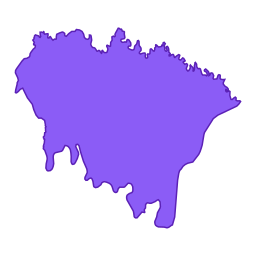 outline of Phon Sai, Roi Et, Thailand
{"feature_id": "78962969B54867067631635", "entity_name": "Phon Sai", "entity_type": "district", "adm_level": 2, "iso_a3": "THA", "parent_name": "Thailand", "parent_adm1": "Roi Et", "projection": "equal_earth", "projection_center": [103.938, 15.482], "detail": "fine", "context": "isolated", "style": "filled", "palette": "violet", "viewbox_px": 256, "rotation_deg": 0, "n_neighbors": 0, "source": "geoboundaries", "source_scale": "gbopen_adm2", "svg_char_len": 5628}
<svg xmlns="http://www.w3.org/2000/svg" viewBox="0 0 256 256"><path d="M121.3,29.1L120.6,29.4L118.9,28.2L118.2,28.2L115.4,33.3L115.0,34.4L115.2,36.0L114.9,36.5L114.4,36.7L113.3,36.1L111.9,36.9L112.1,40.3L110.7,42.3L110.5,46.1L110.0,46.4L107.2,45.2L106.8,45.5L106.7,46.3L107.6,48.1L107.9,49.3L107.0,52.1L106.3,52.6L104.5,52.6L103.3,51.6L102.6,50.4L102.3,50.4L101.9,50.9L101.8,52.9L101.5,53.3L101.0,52.9L99.6,50.6L98.8,50.4L97.6,51.2L97.0,51.2L95.0,48.2L94.1,47.7L92.6,47.5L91.5,46.2L90.7,44.1L91.7,40.1L91.1,36.0L90.7,35.2L89.4,35.0L89.4,37.6L88.4,39.0L87.5,39.3L85.9,38.9L84.4,37.5L83.6,34.1L82.1,31.5L79.6,30.0L76.4,29.5L74.9,31.4L71.8,31.4L68.7,33.7L66.3,36.3L65.0,35.8L64.7,35.0L64.7,33.4L63.3,32.3L62.3,32.0L59.7,32.9L56.7,34.3L56.3,36.7L56.3,38.7L56.0,39.2L54.4,39.1L53.0,40.2L51.7,38.8L50.4,36.6L49.8,36.8L49.0,38.0L48.0,37.9L47.7,37.2L48.1,34.7L47.9,33.7L44.5,34.1L44.1,33.5L44.0,32.0L43.7,31.7L43.0,32.6L41.7,32.1L40.1,32.2L40.3,35.1L40.7,36.4L40.1,37.4L39.5,37.2L38.6,35.9L35.4,34.9L34.5,35.9L34.4,37.1L34.0,37.6L34.1,38.7L32.8,40.1L34.3,42.4L33.6,43.8L33.7,44.7L34.1,45.0L34.6,44.7L35.4,45.8L35.0,47.7L33.3,49.1L31.0,52.2L30.1,53.8L29.8,56.0L29.3,56.9L26.9,58.3L24.2,58.7L22.0,61.1L16.8,68.4L15.6,70.4L15.4,72.8L17.7,77.7L18.4,80.4L17.2,82.7L17.1,84.3L15.7,89.9L15.4,92.5L16.0,92.9L16.6,92.8L18.3,91.5L20.3,89.3L22.7,88.2L27.4,97.8L32.3,104.3L33.8,109.7L36.1,115.1L38.6,118.1L41.4,118.1L44.6,120.4L45.4,124.7L45.3,125.8L46.0,126.8L45.3,127.8L45.6,128.9L45.5,130.3L45.8,131.9L45.4,132.5L44.7,132.7L44.4,135.9L43.4,136.9L43.5,138.0L44.0,138.4L44.1,139.3L44.6,139.4L44.3,143.0L43.5,145.6L43.4,146.5L43.7,146.8L43.4,147.3L43.6,147.9L43.3,148.7L44.8,150.3L46.8,155.9L47.2,158.1L47.1,159.7L46.2,163.9L45.9,168.1L47.0,170.4L48.0,170.9L50.3,170.6L51.8,169.4L52.5,168.2L53.2,166.3L53.7,163.7L53.2,157.2L53.4,155.2L54.3,153.5L55.4,152.7L61.6,151.2L62.6,150.3L65.0,145.5L66.6,145.7L68.2,146.5L69.7,148.4L70.4,150.0L70.9,152.8L71.2,156.5L71.1,161.7L71.5,163.0L72.0,164.0L72.8,164.4L74.3,163.9L75.3,162.6L77.3,158.6L78.6,154.3L78.4,152.4L75.7,146.6L76.2,144.6L77.7,144.3L79.0,145.7L80.6,152.0L83.4,161.1L86.8,168.9L87.2,171.2L87.2,172.7L85.0,177.3L84.9,178.2L84.9,179.1L85.9,180.3L87.4,180.2L88.9,178.8L90.4,178.1L91.1,178.1L92.0,178.9L92.9,181.2L93.7,186.2L94.1,186.9L95.5,187.6L97.8,187.1L100.9,184.7L101.9,182.7L103.6,181.8L104.6,181.7L106.7,182.2L109.5,183.4L111.1,184.8L112.1,186.5L113.4,190.8L114.4,192.0L115.6,192.5L116.6,192.3L117.4,191.5L118.3,188.6L119.7,187.2L123.9,187.2L124.7,186.9L128.0,183.3L128.7,183.2L130.6,183.6L131.6,184.4L132.7,186.6L132.9,189.1L132.8,191.1L132.0,192.5L129.2,193.6L127.2,195.1L126.7,196.3L126.6,198.0L127.0,199.9L133.3,211.0L133.7,212.8L134.2,216.6L134.6,217.3L135.6,217.9L137.1,217.8L141.9,212.1L144.6,212.5L144.8,212.2L144.3,210.4L144.4,209.4L145.5,208.0L145.6,204.6L146.6,203.3L147.6,202.8L149.9,203.3L151.4,203.2L155.1,201.6L157.4,200.0L158.3,199.7L159.8,201.4L160.1,202.3L160.4,206.8L160.0,208.1L157.5,212.7L156.7,216.9L154.9,221.3L154.8,222.7L155.2,224.4L155.7,225.3L157.0,226.3L158.5,226.9L164.2,227.1L167.0,227.8L168.7,227.3L171.9,225.0L172.4,225.0L174.7,217.0L177.6,180.2L178.8,173.1L179.7,170.5L181.2,169.0L183.0,166.3L185.2,164.5L187.8,163.2L192.8,162.0L198.7,154.4L200.1,151.5L201.3,148.0L202.2,144.9L203.9,134.6L204.5,132.5L213.3,118.6L217.9,115.1L236.8,106.1L238.9,104.0L240.6,101.5L239.9,100.8L237.5,100.9L236.2,100.4L236.0,99.8L236.1,97.9L235.3,97.1L234.2,97.7L232.2,99.5L231.0,99.4L229.8,95.4L230.0,91.5L229.3,91.0L226.8,91.9L226.1,91.5L225.7,90.7L225.8,89.4L226.0,89.3L227.1,90.3L227.6,90.4L228.3,89.9L228.2,88.9L227.0,87.4L225.1,86.3L223.3,84.1L223.3,82.6L224.8,79.4L222.7,79.6L220.5,79.1L220.1,78.2L220.3,75.8L220.0,75.0L218.9,74.7L218.1,75.3L216.9,78.9L213.7,79.2L213.2,78.7L213.1,78.1L213.7,75.7L212.6,73.3L211.7,72.9L210.6,73.2L209.7,75.2L208.9,75.6L209.0,73.1L208.7,72.1L207.9,71.0L205.7,69.0L204.6,69.7L204.3,70.7L204.6,71.2L206.0,71.9L206.7,72.6L207.2,74.4L207.1,75.5L206.5,75.8L205.2,75.0L202.7,75.0L201.7,73.6L200.4,69.0L199.7,68.5L198.2,68.7L197.2,67.6L196.7,66.4L196.6,64.2L195.4,62.4L194.9,62.8L194.9,64.1L194.4,65.4L194.5,68.9L194.0,70.7L193.4,71.1L193.0,70.9L193.3,69.3L193.1,68.2L192.7,67.3L191.5,66.3L190.4,65.0L190.0,65.6L190.2,67.3L190.1,68.4L188.7,70.7L187.8,71.0L186.8,69.9L186.3,68.7L186.5,67.8L187.5,65.5L187.4,64.3L186.5,63.6L184.8,64.3L183.2,62.5L183.4,61.6L184.8,61.3L185.1,60.7L183.7,58.4L182.7,57.9L180.7,60.0L179.5,59.7L178.9,59.1L178.8,58.3L179.8,55.4L179.6,55.0L178.7,54.6L176.4,56.1L174.9,57.5L174.5,57.4L173.6,54.9L173.0,54.4L171.8,54.7L170.0,55.9L169.2,55.9L169.0,55.0L170.1,54.3L170.2,53.5L168.9,52.2L168.7,49.0L168.1,47.3L167.4,46.4L166.4,46.7L166.2,47.8L167.2,50.4L166.5,51.2L165.4,50.9L164.7,49.4L164.8,48.1L164.3,46.3L164.5,45.1L165.3,43.7L164.1,42.3L163.1,42.9L162.8,45.4L161.9,45.1L161.7,45.5L161.7,46.3L161.3,46.5L158.8,47.0L158.1,46.7L156.5,45.0L155.8,44.8L155.6,45.3L155.9,46.7L154.7,48.0L154.8,49.5L154.1,51.1L153.3,51.0L151.3,48.9L150.5,49.0L150.2,49.5L149.9,53.6L149.4,54.0L147.6,54.0L147.3,54.9L147.7,57.0L147.5,57.7L146.8,58.1L146.1,58.1L145.5,57.5L145.2,56.0L145.5,54.3L144.9,53.0L143.2,53.1L140.4,54.0L139.4,53.3L139.4,52.3L141.0,50.5L141.1,48.9L140.8,47.7L139.2,45.5L139.0,41.3L138.4,40.5L137.5,40.8L136.7,43.9L134.7,46.1L134.2,48.8L133.7,49.7L132.1,50.1L128.9,48.8L128.1,47.8L128.2,46.7L128.7,46.2L130.5,46.0L130.9,45.0L130.7,42.8L129.1,40.2L128.2,39.6L127.4,39.5L127.0,39.9L126.6,41.5L126.1,42.2L124.9,41.8L124.1,42.2L122.2,42.3L120.9,41.0L120.8,40.2L121.2,39.3L124.1,38.7L124.6,38.2L124.9,37.4L124.3,34.1L124.4,31.9L123.9,31.4L122.3,31.1L121.7,29.5L121.3,29.1Z" fill="#8b5cf6" stroke="#5b21b6" stroke-width="1.5"/></svg>